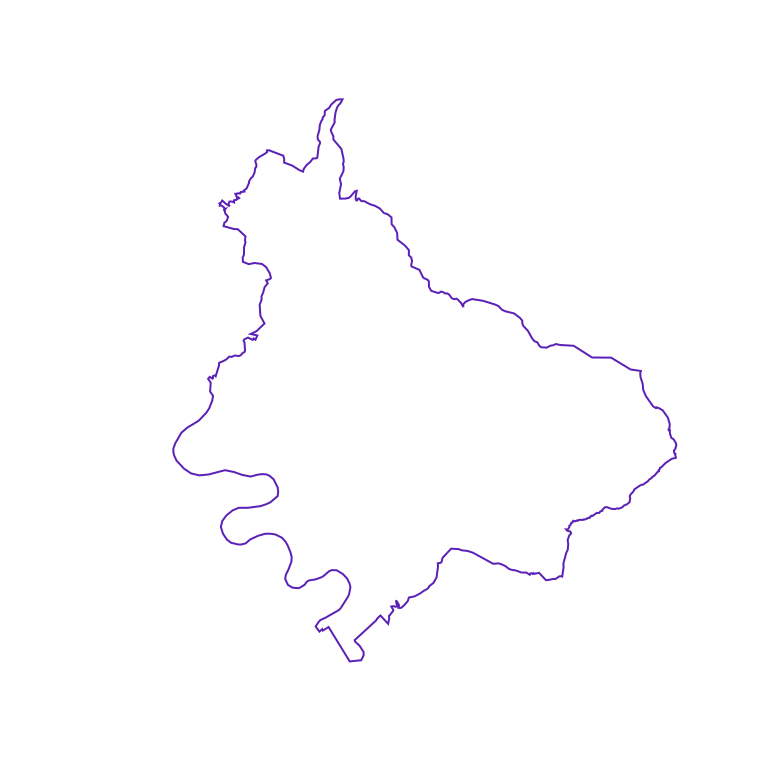 Dobra, Hunedoara, Romania (Equal Earth projection), rotated 235°
{"feature_id": "2599482B49682710241198", "entity_name": "Dobra", "entity_type": "district", "adm_level": 2, "iso_a3": "ROU", "parent_name": "Romania", "parent_adm1": "Hunedoara", "projection": "equal_earth", "projection_center": [22.59, 45.878], "detail": "fine", "context": "isolated", "style": "outline", "palette": "violet", "viewbox_px": 768, "rotation_deg": 235, "n_neighbors": 0, "source": "geoboundaries", "source_scale": "gbopen_adm2", "svg_char_len": 6166}
<svg xmlns="http://www.w3.org/2000/svg" viewBox="0 0 768 768"><g transform="rotate(235 384 384)"><path d="M516.2,485.7L521.0,484.3L524.1,482.0L530.3,481.2L535.0,478.9L539.5,475.5L545.2,472.6L546.8,470.3L550.2,470.0L550.7,469.2L549.8,467.2L550.1,466.7L551.3,466.7L553.8,468.3L557.9,472.5L558.5,470.7L556.8,464.3L556.6,462.1L558.0,458.8L561.0,454.3L566.0,456.8L572.3,463.4L577.5,465.5L581.6,472.8L584.6,475.3L587.8,476.6L589.3,478.6L591.6,480.0L601.0,483.9L613.3,482.8L616.0,484.6L621.1,485.5L622.9,486.4L626.6,493.7L628.8,495.0L634.3,500.1L637.4,504.2L638.5,506.6L638.9,509.2L641.0,513.3L643.1,510.2L644.0,507.8L643.2,501.1L641.6,497.5L641.6,492.2L638.1,489.4L637.4,486.6L635.9,485.3L635.7,484.1L633.1,480.1L628.9,476.5L625.0,471.6L622.3,470.1L619.2,470.4L618.0,469.8L615.8,466.5L607.6,459.1L607.8,457.8L609.5,455.0L608.2,451.0L607.8,446.5L606.3,441.8L604.4,439.5L607.7,437.4L615.7,434.0L622.6,429.2L625.9,431.5L628.8,432.4L641.5,423.8L642.5,422.1L641.1,421.4L640.9,419.3L641.5,411.7L641.1,407.8L640.7,406.7L639.7,406.1L636.4,405.1L635.0,403.6L634.7,402.3L631.5,399.3L629.2,395.5L628.9,393.0L627.3,389.5L626.2,388.8L623.1,383.8L622.7,379.5L621.9,379.7L623.1,376.9L624.1,376.3L622.9,376.4L622.5,375.4L624.4,373.1L624.1,372.1L624.9,371.3L621.5,370.6L620.5,371.8L619.3,371.9L619.9,369.2L619.5,368.8L620.5,366.5L618.7,365.4L620.7,364.1L622.1,362.0L620.4,359.5L618.0,359.6L621.7,358.0L627.1,356.7L626.1,354.4L626.3,352.7L625.3,352.9L624.3,351.8L623.5,353.2L620.2,354.3L618.8,353.3L618.4,354.6L617.9,353.1L617.6,353.4L616.2,352.3L614.4,351.8L610.5,352.2L608.2,349.4L607.6,347.1L607.7,345.8L605.3,343.1L596.9,350.1L594.7,353.0L584.4,355.2L581.5,352.6L579.6,351.9L576.3,347.8L570.3,343.5L568.6,340.8L565.0,338.5L559.7,342.0L557.4,347.3L552.3,352.9L547.2,354.5L540.1,353.9L535.7,352.2L535.4,350.6L536.5,346.9L533.2,346.6L531.8,341.7L528.3,337.6L526.1,334.0L523.1,331.9L520.3,327.7L510.7,321.8L502.1,320.8L500.4,309.9L501.5,303.4L496.4,308.1L494.0,304.1L496.1,303.3L495.4,301.8L500.0,299.2L500.7,295.2L500.0,293.8L497.9,293.5L491.2,289.4L490.3,288.4L490.3,284.8L489.7,283.4L490.1,281.2L493.0,278.0L493.5,274.9L495.2,273.0L494.6,269.1L494.9,265.7L495.9,261.1L493.7,259.3L487.0,250.7L488.0,250.7L488.6,248.5L486.8,247.1L486.8,246.5L489.8,245.4L489.2,242.9L484.5,242.8L477.5,237.2L472.4,237.2L469.0,233.9L464.3,226.8L462.3,221.7L460.2,211.1L461.1,197.8L460.3,190.1L455.3,179.3L452.0,174.5L449.3,172.5L445.7,171.1L440.2,170.1L429.4,171.6L421.4,174.7L415.1,180.3L410.5,188.4L404.6,204.3L397.9,210.7L391.1,215.5L384.7,221.6L382.1,228.7L380.0,232.6L377.6,235.6L374.5,237.6L369.2,238.9L360.4,237.6L356.5,235.6L353.2,232.6L352.3,223.2L353.0,218.9L354.7,213.0L360.5,201.8L366.0,193.8L367.3,187.4L366.7,179.3L364.5,172.9L360.5,168.4L353.7,166.2L346.6,166.1L341.6,167.7L336.2,172.5L334.5,174.8L332.8,179.3L333.4,185.3L331.9,193.7L329.5,200.7L326.5,205.1L323.1,208.7L316.5,212.3L310.8,212.9L306.5,212.4L299.6,210.8L295.2,209.1L291.7,206.4L287.0,199.6L284.1,194.3L281.0,191.2L274.5,190.1L269.7,192.2L265.8,196.8L265.3,199.1L265.1,204.1L266.2,207.0L266.3,209.4L263.2,215.9L261.6,221.7L261.4,224.4L262.1,231.7L261.5,234.4L258.6,238.4L252.0,241.3L245.9,242.2L240.6,241.4L236.9,240.0L232.0,235.0L230.5,232.7L225.3,220.2L224.7,217.5L226.1,202.1L227.1,196.6L226.7,194.3L224.6,188.9L218.2,189.1L218.6,192.8L217.1,192.5L216.7,199.2L176.4,196.8L170.8,206.9L173.6,211.9L176.2,213.5L183.4,213.9L189.3,212.6L191.0,213.0L194.8,241.6L195.9,244.5L196.4,248.3L185.2,249.8L189.2,254.1L191.0,254.8L192.8,261.1L193.5,262.0L197.5,262.3L196.5,264.5L194.7,265.9L194.4,267.2L200.0,269.7L196.2,269.8L193.7,269.2L193.3,267.9L192.3,267.4L190.8,269.6L191.2,273.8L192.6,279.0L194.8,281.9L192.5,287.3L191.7,293.6L191.8,297.5L191.3,302.1L191.8,304.1L192.4,304.7L192.7,310.4L195.4,316.1L203.6,323.6L206.3,325.2L205.1,327.7L205.3,329.2L208.0,332.3L210.6,344.5L206.0,350.4L203.2,352.3L199.2,356.8L194.8,360.1L174.1,370.3L171.5,374.8L168.8,376.9L165.4,378.9L160.9,380.3L159.1,381.5L155.3,385.3L150.8,388.4L148.0,392.4L144.1,394.0L144.8,395.1L144.3,396.4L143.3,396.7L143.4,397.8L142.4,398.0L142.3,399.0L141.8,399.3L140.4,402.7L130.6,404.1L129.7,405.2L127.1,411.1L125.9,412.5L125.9,417.2L125.1,418.7L124.0,419.5L131.0,426.1L133.9,427.8L141.2,436.5L142.8,439.4L147.2,443.1L150.8,444.9L153.6,448.8L154.2,451.5L156.1,452.1L158.8,449.9L160.4,449.8L159.4,451.0L160.5,453.8L161.6,454.5L161.5,455.8L163.0,458.0L162.4,459.0L163.4,460.6L161.8,462.0L161.7,463.5L160.8,464.1L161.1,464.6L160.8,465.9L158.5,469.1L158.6,469.8L157.8,470.7L157.6,472.6L157.2,473.0L157.3,473.8L156.4,475.9L157.2,477.0L156.8,477.9L157.0,478.6L156.3,479.2L156.4,484.2L154.9,486.4L155.6,488.3L154.9,490.1L155.7,490.7L156.3,494.0L155.4,495.9L151.4,498.6L149.0,501.5L148.4,503.7L147.3,504.5L146.3,508.6L146.8,510.9L146.1,513.9L146.3,517.3L149.2,520.2L151.1,520.9L151.9,522.2L153.1,527.0L154.1,528.6L154.0,535.3L153.8,537.0L153.0,538.3L153.0,544.3L153.6,546.6L153.5,549.2L154.0,551.0L153.8,552.9L155.0,557.5L154.9,559.3L155.9,559.5L156.3,561.5L157.1,562.0L156.8,563.7L157.8,569.2L157.7,576.9L156.1,580.6L156.6,581.1L159.1,581.9L159.7,582.7L160.9,582.2L163.1,583.2L163.8,585.5L166.3,588.4L167.9,589.2L172.8,589.5L174.9,588.5L178.9,589.6L181.3,591.0L182.2,590.8L182.3,591.8L183.4,591.9L183.7,591.4L184.6,592.9L187.3,595.1L193.5,597.2L202.6,597.2L207.0,595.1L208.5,593.9L208.0,593.4L208.3,592.9L211.4,591.6L224.0,591.6L230.6,593.0L235.7,596.0L242.1,597.9L245.8,600.0L247.3,601.9L254.5,594.3L275.4,585.1L286.3,569.7L306.5,561.3L314.9,550.7L318.1,547.8L318.7,544.8L319.9,542.3L320.5,538.0L324.1,533.7L326.3,533.2L330.2,533.5L332.9,531.7L336.4,531.5L345.1,532.4L352.0,531.4L354.4,532.1L356.7,533.6L360.2,533.3L367.1,531.1L374.1,525.0L377.2,523.2L382.3,522.5L386.0,520.1L395.4,512.8L403.0,504.9L404.0,501.6L404.5,497.6L403.9,494.7L401.5,493.1L406.4,493.6L411.1,492.8L412.4,492.2L413.2,490.2L415.2,488.8L420.1,488.6L421.9,487.8L422.9,486.2L426.1,484.6L427.1,483.3L427.0,481.6L427.8,480.2L433.3,476.1L437.8,476.6L442.5,479.7L444.3,479.5L448.1,477.3L449.4,477.2L457.1,478.5L464.3,474.1L465.5,474.2L468.8,477.6L471.9,478.8L475.2,478.2L479.4,481.2L485.3,480.6L494.5,477.8L500.2,481.4L506.3,482.4L510.5,481.9L516.2,485.7Z" fill="none" stroke="#5b21b6" stroke-width="2"/></g></svg>